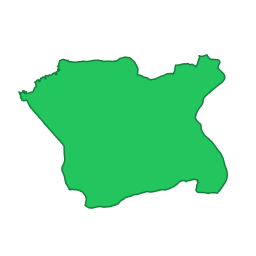 Rwamagana, Eastern, Rwanda, rotated 82°
{"feature_id": "39286606B51470133526692", "entity_name": "Rwamagana", "entity_type": "district", "adm_level": 2, "iso_a3": "RWA", "parent_name": "Rwanda", "parent_adm1": "Eastern", "projection": "natural_earth1", "projection_center": [30.347, -1.979], "detail": "fine", "context": "isolated", "style": "filled", "palette": "green", "viewbox_px": 256, "rotation_deg": 82, "n_neighbors": 0, "source": "geoboundaries", "source_scale": "gbopen_adm2", "svg_char_len": 5610}
<svg xmlns="http://www.w3.org/2000/svg" viewBox="0 0 256 256"><g transform="rotate(82 128 128)"><path d="M59.7,129.1L59.9,130.4L60.2,130.5L60.3,131.0L59.9,131.8L60.0,133.6L59.1,138.0L58.7,142.6L58.5,143.4L58.0,144.0L57.5,146.1L56.8,147.5L56.7,148.2L56.7,149.1L56.4,150.2L56.5,151.9L56.2,153.1L56.5,155.6L56.5,159.3L56.3,160.4L55.8,161.9L55.7,163.2L55.5,163.8L55.8,164.5L55.8,165.0L55.6,167.4L55.7,168.8L55.6,169.1L55.5,169.9L55.6,170.5L55.6,171.0L55.3,171.9L54.9,174.1L54.2,176.5L53.6,177.9L53.1,177.8L52.6,178.0L52.8,178.7L52.9,179.2L52.5,179.5L52.2,180.3L51.0,182.5L51.8,186.2L54.6,187.5L55.7,187.4L57.3,189.2L57.5,189.2L57.6,188.0L57.8,187.9L58.2,187.9L58.9,188.1L59.5,188.6L60.0,189.5L60.4,189.6L60.7,188.8L60.7,187.9L61.1,187.8L61.6,188.2L61.8,188.7L62.1,190.2L63.0,192.1L63.3,192.3L63.4,192.2L63.8,191.3L64.2,191.0L64.5,190.9L64.9,191.1L64.9,191.9L64.5,192.2L63.7,192.6L63.3,193.2L63.3,193.6L63.5,194.2L65.1,197.2L65.1,197.6L64.6,198.2L64.7,198.8L65.7,200.0L65.5,200.4L64.8,201.0L64.7,201.4L64.7,202.3L65.0,202.7L65.3,202.8L67.1,202.5L67.7,202.6L67.5,203.1L67.2,203.4L66.2,203.7L65.7,204.7L65.7,205.3L65.9,205.7L66.8,206.3L66.8,206.7L66.5,207.1L66.6,207.5L67.8,208.1L69.0,208.4L69.6,208.8L69.7,209.1L69.4,210.0L69.2,210.3L68.9,210.2L68.6,209.8L68.0,209.6L67.8,210.0L67.9,210.6L68.4,211.8L68.8,212.3L69.5,212.8L69.8,213.2L69.6,213.5L69.5,213.9L69.6,214.0L70.1,213.5L70.9,213.1L72.8,213.2L74.0,212.8L75.2,214.8L75.5,215.1L76.6,215.6L77.6,216.3L78.6,216.7L78.8,217.0L79.0,217.6L79.1,219.2L79.7,220.9L79.6,222.5L79.7,223.9L79.3,224.0L78.0,223.6L77.8,223.8L78.0,224.1L79.2,224.9L79.4,225.2L78.8,225.4L77.3,225.3L76.9,225.4L76.8,225.7L76.6,226.5L76.7,227.1L76.8,227.2L77.7,226.7L78.0,226.8L78.2,227.1L78.3,229.4L78.1,229.8L78.0,230.1L77.3,230.5L77.2,230.8L77.4,230.9L78.3,230.7L79.2,230.0L79.5,230.3L80.5,229.9L81.5,229.9L82.0,229.7L82.2,229.8L82.6,229.7L82.9,230.1L83.2,230.2L84.1,229.3L84.5,229.2L85.2,229.3L85.5,229.3L85.8,229.0L86.3,228.2L86.5,227.0L86.5,225.1L86.6,224.5L87.1,224.1L92.6,222.3L95.0,221.1L95.8,220.4L99.8,218.0L104.1,214.9L104.6,214.8L105.5,214.3L107.5,212.6L108.4,212.2L109.5,211.4L111.2,210.6L113.6,209.2L114.5,208.2L117.1,206.8L118.7,205.4L119.4,205.1L123.1,202.6L124.4,202.0L125.6,201.0L126.7,200.5L127.8,199.4L130.4,198.0L131.6,196.9L132.3,196.6L135.8,194.3L137.8,193.8L140.5,194.3L142.2,194.3L143.4,194.6L148.6,194.9L149.2,194.8L149.8,195.0L151.1,195.0L154.3,196.5L155.8,197.5L156.7,198.2L158.9,199.1L160.5,199.2L162.5,198.9L165.4,197.9L166.3,197.8L171.5,197.5L173.1,197.2L173.4,197.3L174.3,197.2L175.7,196.5L176.2,196.1L178.0,195.4L180.5,194.1L180.6,194.4L180.7,194.2L180.7,194.5L180.9,194.4L181.2,193.2L180.7,192.4L181.6,189.9L181.8,188.9L181.8,188.1L182.3,186.6L183.4,184.4L184.0,183.5L184.3,183.3L184.5,182.8L185.1,182.0L189.5,179.3L190.6,179.3L192.0,179.1L193.0,179.2L198.7,181.2L201.6,177.8L202.3,174.7L201.7,168.9L202.0,165.9L203.0,163.0L203.3,156.7L202.0,148.8L198.6,144.8L198.2,142.8L197.1,141.3L196.4,139.1L196.0,136.2L196.0,135.6L196.0,134.9L195.0,132.1L194.8,130.1L195.1,129.0L195.0,127.2L194.5,125.1L194.5,124.5L194.3,124.0L194.2,122.4L194.0,121.8L194.0,121.3L193.9,120.3L193.5,118.5L193.6,117.6L194.0,116.8L194.0,116.3L194.2,116.0L194.7,113.6L194.4,110.2L194.4,109.2L194.2,108.2L194.2,106.4L193.8,105.5L193.9,104.6L193.9,102.3L194.2,101.3L194.4,99.9L194.4,98.7L193.7,94.9L192.3,90.6L190.5,87.5L190.4,87.1L188.7,84.9L188.0,83.5L187.7,81.8L187.8,80.3L188.0,79.3L188.6,78.3L189.3,77.7L188.7,76.8L188.4,76.0L188.6,73.4L188.3,72.9L188.1,71.7L187.8,71.4L188.2,70.9L188.0,69.7L188.3,69.0L188.3,68.6L188.7,67.9L188.9,67.0L189.1,66.8L189.0,66.5L189.2,66.3L189.4,66.3L189.5,66.5L190.1,66.4L190.3,66.5L190.5,66.8L191.7,65.8L192.4,66.7L194.9,68.1L196.8,68.4L199.0,69.4L199.6,69.0L199.9,69.0L201.4,67.8L201.6,67.5L201.7,66.7L201.7,66.0L202.3,63.8L202.3,62.8L202.9,60.3L203.5,58.5L204.0,57.4L204.0,56.4L203.7,55.8L203.6,55.0L204.2,50.7L204.5,49.8L205.0,48.6L204.3,48.0L202.3,45.5L201.1,44.4L195.6,39.5L193.0,37.7L190.0,36.6L188.5,36.3L186.1,36.1L182.9,36.2L180.9,36.8L176.8,37.5L171.6,38.0L166.4,39.7L164.7,40.5L162.1,42.2L157.9,44.3L153.7,46.7L151.2,48.7L150.1,49.4L147.2,52.2L146.1,53.1L145.1,53.7L142.1,54.9L140.1,55.4L138.7,55.6L134.8,55.4L134.1,55.8L132.2,57.5L130.5,58.7L129.0,59.5L127.9,59.8L127.0,59.8L124.6,59.1L122.9,58.1L121.0,56.9L120.2,56.3L119.4,55.8L115.0,51.3L114.6,51.0L112.9,50.3L111.0,49.8L109.3,49.0L108.2,48.2L106.3,45.7L103.5,41.2L103.2,41.0L102.6,40.0L102.6,39.9L98.2,32.8L96.0,28.7L95.0,27.5L93.1,25.7L92.1,25.3L90.9,25.1L90.0,25.1L88.7,25.4L87.0,26.3L82.9,29.5L81.6,30.2L80.7,30.4L80.0,30.3L79.2,30.1L78.5,29.7L76.7,28.3L75.9,27.9L75.3,27.9L73.8,28.4L73.4,28.7L72.9,29.7L71.9,34.0L71.7,36.0L71.3,37.0L71.2,37.0L70.3,37.6L69.9,38.0L68.7,38.8L66.6,39.7L67.4,44.0L67.4,44.5L67.1,46.0L66.4,47.3L66.6,47.6L67.1,47.3L68.2,47.3L69.0,47.7L70.1,48.6L70.9,48.8L72.1,49.5L73.9,50.1L74.8,50.8L75.4,50.8L76.0,51.9L76.2,52.3L76.6,52.5L76.2,53.0L74.1,55.0L73.8,55.7L73.8,56.1L74.0,57.2L73.8,58.2L72.8,59.2L72.5,59.6L72.7,61.1L72.2,63.7L72.7,69.5L72.5,72.1L73.0,72.2L73.3,72.5L74.3,72.7L76.4,73.4L77.3,73.5L78.8,74.5L79.6,74.9L79.7,75.2L80.1,75.2L80.4,75.4L80.5,75.3L81.0,75.8L80.3,76.7L79.9,77.7L80.0,78.9L79.7,81.4L80.0,82.5L81.1,85.4L81.3,87.5L81.8,89.5L82.1,90.0L82.1,90.8L82.4,91.5L82.5,92.1L83.0,93.0L83.1,93.4L83.4,98.5L83.4,99.1L83.3,99.4L80.9,102.2L79.6,105.8L77.9,107.6L76.6,111.2L70.9,110.0L70.2,109.9L68.3,110.7L67.6,110.8L64.7,112.0L63.9,112.1L61.8,113.8L60.0,115.3L58.7,116.6L58.4,117.3L58.1,118.9L57.7,119.6L57.4,121.3L57.6,122.6L57.8,123.5L57.9,126.0L58.0,126.5L58.5,127.1L59.2,128.4L59.7,129.1Z" fill="#22c55e" stroke="#15803d" stroke-width="1.5"/></g></svg>